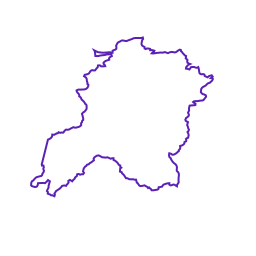 outline of Saboeiro, Ceará, Brazil, rotated 204°
{"feature_id": "56859067B30594238017087", "entity_name": "Saboeiro", "entity_type": "district", "adm_level": 2, "iso_a3": "BRA", "parent_name": "Brazil", "parent_adm1": "Ceará", "projection": "mercator", "projection_center": [-39.88, -6.458], "detail": "fine", "context": "isolated", "style": "outline", "palette": "violet", "viewbox_px": 256, "rotation_deg": 204, "n_neighbors": 0, "source": "geoboundaries", "source_scale": "gbopen_adm2", "svg_char_len": 5599}
<svg xmlns="http://www.w3.org/2000/svg" viewBox="0 0 256 256"><g transform="rotate(204 128 128)"><path d="M167.5,35.7L167.6,37.2L168.6,38.3L168.2,39.5L168.2,40.9L167.3,42.3L166.7,43.4L166.0,44.2L165.6,45.3L165.0,46.6L164.7,48.3L162.8,49.6L161.0,50.0L160.9,51.2L160.5,52.2L160.1,54.0L161.0,55.4L160.0,57.0L158.6,56.8L157.3,56.6L156.9,58.3L156.1,60.0L156.2,61.4L155.2,63.2L155.6,65.1L154.3,66.0L152.8,65.8L151.8,66.8L150.3,67.4L149.9,69.1L151.5,70.1L151.7,71.7L152.0,73.0L151.4,75.5L150.7,76.4L150.5,77.8L149.1,78.9L148.6,80.4L147.7,81.5L146.9,83.0L146.0,84.7L146.9,85.8L146.8,87.4L145.9,89.0L145.2,90.0L143.8,91.0L141.7,91.0L139.8,90.7L138.2,91.3L136.5,91.8L134.8,92.9L133.1,92.9L131.3,92.9L130.2,93.9L129.0,94.5L128.2,92.9L126.4,92.9L125.2,92.5L123.7,92.1L122.3,91.2L121.3,90.6L119.8,90.6L119.3,89.4L118.0,89.0L118.7,87.9L117.6,84.9L115.8,85.1L114.9,84.1L113.9,83.9L112.3,83.2L110.5,82.0L109.5,81.3L108.3,81.8L107.2,81.8L106.1,81.7L105.1,82.1L103.8,82.6L102.3,83.3L100.7,83.5L99.7,84.1L98.7,82.9L97.8,81.7L96.6,81.5L95.3,80.6L94.2,80.0L93.0,80.0L92.0,80.6L90.6,81.5L89.6,82.3L87.8,82.1L86.4,82.0L85.2,81.3L84.6,82.3L83.5,81.8L82.3,81.6L81.1,80.7L79.3,81.5L77.4,82.8L76.1,83.6L75.4,84.7L75.9,86.3L73.0,88.3L72.9,89.3L72.6,90.6L71.5,91.7L70.4,92.7L69.4,93.5L67.8,94.4L67.3,93.1L66.0,92.8L64.6,93.7L63.6,94.8L62.4,95.1L60.9,94.8L59.6,94.7L60.1,95.9L59.8,97.3L59.6,98.8L60.6,100.9L61.3,102.5L61.8,103.9L62.2,105.3L62.9,106.8L64.1,108.0L65.2,108.3L66.1,108.8L66.6,110.0L67.3,112.0L68.3,113.3L69.8,114.2L71.7,114.6L73.4,115.3L74.9,116.2L75.9,117.0L76.9,117.9L78.2,118.2L79.5,119.8L80.0,121.7L78.1,122.0L76.7,121.6L75.2,122.4L74.2,123.7L73.2,125.3L72.9,126.4L72.2,127.4L72.6,128.4L72.0,130.1L72.3,131.4L73.1,132.8L71.8,133.8L70.8,135.1L70.2,136.6L70.7,138.3L69.5,139.5L69.8,140.7L70.6,141.5L70.1,142.6L69.1,143.6L69.4,144.7L69.6,146.0L70.6,147.4L72.0,148.5L71.5,150.0L71.7,151.3L72.8,152.2L74.0,153.7L75.2,154.8L75.6,157.8L78.1,158.0L79.0,158.9L79.0,160.8L78.1,162.1L77.5,163.9L77.8,165.0L79.4,166.4L79.3,168.8L80.3,170.8L80.5,171.9L80.8,173.5L79.3,174.4L77.8,175.2L76.7,175.7L75.8,176.4L76.2,177.6L77.8,177.8L79.1,178.2L78.6,179.2L76.9,180.2L75.3,180.9L73.0,182.5L71.5,183.2L70.4,184.2L69.4,188.4L70.2,189.5L72.3,189.6L73.4,189.4L74.5,189.6L76.0,190.3L76.6,192.2L77.0,193.7L76.5,195.5L74.3,198.4L73.6,200.4L72.9,201.6L71.8,202.4L70.8,204.6L70.4,205.8L70.4,207.3L71.4,207.7L72.5,207.4L71.5,209.3L73.0,210.2L75.1,208.4L75.9,206.7L79.1,206.7L79.9,207.9L81.3,207.8L83.1,206.8L84.8,207.0L86.0,208.6L87.5,211.0L88.6,212.2L89.5,211.0L90.9,210.7L92.4,210.6L94.1,209.9L95.3,209.1L95.4,207.5L95.8,206.4L97.6,206.3L99.2,205.8L99.6,207.1L99.3,208.1L99.0,209.3L98.3,210.6L97.3,211.7L98.8,211.6L100.3,211.9L101.0,212.9L101.3,214.3L102.4,214.8L103.6,215.1L103.9,216.3L104.2,217.4L105.5,217.4L107.3,218.2L108.4,218.6L109.6,219.4L110.8,219.7L111.5,220.8L112.6,220.6L113.6,219.3L114.3,218.1L114.9,217.0L116.0,216.0L117.3,215.8L119.2,215.2L120.2,214.5L121.1,213.6L122.0,212.6L123.5,212.5L125.3,212.3L126.8,211.0L128.9,210.2L130.1,209.5L131.0,209.0L131.9,208.5L132.8,207.9L134.1,207.1L135.1,206.4L136.6,205.9L136.3,207.0L135.3,208.0L135.3,209.3L136.5,209.2L138.2,208.8L139.4,208.1L140.0,209.3L141.6,208.9L143.0,208.4L144.0,207.3L145.2,207.4L145.8,208.7L148.5,209.0L149.5,209.7L150.2,211.2L150.5,212.8L150.8,214.0L150.4,215.5L151.3,216.7L152.3,215.7L154.3,214.8L155.9,214.1L157.1,213.6L158.1,213.1L159.7,212.0L160.3,211.1L161.4,210.1L163.6,208.0L164.6,206.9L166.0,206.4L168.3,205.9L169.4,205.3L170.7,203.5L171.7,202.4L172.2,201.1L172.3,198.2L171.4,197.0L170.9,195.6L171.5,194.4L172.6,193.4L173.5,192.3L172.7,190.5L173.8,190.1L175.1,189.9L176.7,189.2L177.7,188.5L178.8,188.0L179.9,187.4L181.2,186.7L182.9,186.1L186.5,185.0L190.4,185.2L189.3,184.4L188.8,183.4L188.2,182.5L187.7,181.6L187.1,180.5L185.5,181.1L184.2,181.8L183.4,182.5L181.6,183.7L179.8,184.7L178.2,185.8L177.3,186.6L176.2,187.2L174.8,187.8L173.3,188.7L172.0,187.1L173.2,185.6L173.7,184.0L172.9,182.8L175.7,180.2L176.5,178.8L176.9,177.6L176.3,176.6L175.1,176.3L174.0,175.2L176.1,174.0L177.8,173.4L179.2,173.8L180.9,172.9L180.4,171.3L181.2,168.8L181.5,167.3L182.4,166.7L184.3,166.3L185.4,164.9L185.7,162.9L186.0,161.7L186.8,160.8L188.0,159.8L189.2,159.0L189.2,157.4L188.0,157.2L186.7,156.9L185.6,155.9L184.7,154.2L183.4,152.8L183.0,151.7L181.9,151.5L181.4,150.3L181.4,148.4L182.3,146.5L183.7,145.4L185.9,144.3L188.0,143.3L189.1,142.8L190.3,141.4L189.3,140.2L187.7,139.4L186.7,139.0L185.8,138.1L185.4,137.0L184.2,136.9L183.1,136.3L182.1,135.2L180.8,134.8L179.4,134.3L178.1,133.6L176.8,132.6L175.7,132.4L174.9,131.6L174.5,130.6L173.9,129.4L173.6,128.3L173.9,127.0L174.3,125.4L175.4,123.8L175.8,122.1L174.7,121.0L172.8,118.5L172.2,117.1L172.8,116.1L172.4,114.6L172.8,113.3L171.9,111.4L172.6,110.0L173.3,109.1L174.4,108.2L175.5,107.3L176.7,106.7L178.3,106.5L179.3,105.2L180.2,104.1L181.0,102.9L182.6,101.7L183.9,101.4L184.8,99.8L185.0,98.3L185.4,97.3L186.8,96.9L188.0,96.0L189.7,95.9L190.0,94.6L191.1,94.0L191.6,93.1L192.8,91.7L194.5,91.2L193.9,89.3L194.4,87.4L195.3,86.0L196.4,84.8L192.0,59.7L191.3,58.7L190.0,59.3L188.9,57.8L188.9,56.6L188.1,55.4L187.3,54.7L187.2,53.3L187.6,51.5L187.3,50.1L187.7,48.9L189.0,48.0L190.1,47.0L191.1,46.3L192.0,45.2L192.8,43.0L193.3,41.3L194.1,40.2L194.1,38.8L193.7,37.5L193.1,36.1L191.9,35.8L189.2,36.2L188.0,36.8L187.3,37.8L187.3,39.0L187.7,41.1L186.7,41.5L185.2,42.3L182.5,43.6L181.4,43.8L180.8,45.1L180.4,46.1L179.9,47.9L177.7,47.5L177.5,46.0L177.3,44.4L177.0,42.8L176.3,41.1L176.5,39.2L176.4,37.4L175.1,36.9L174.6,35.4L173.5,35.4L172.2,35.6L170.8,35.2L169.8,35.8L167.5,35.7Z" fill="none" stroke="#5b21b6" stroke-width="2"/></g></svg>